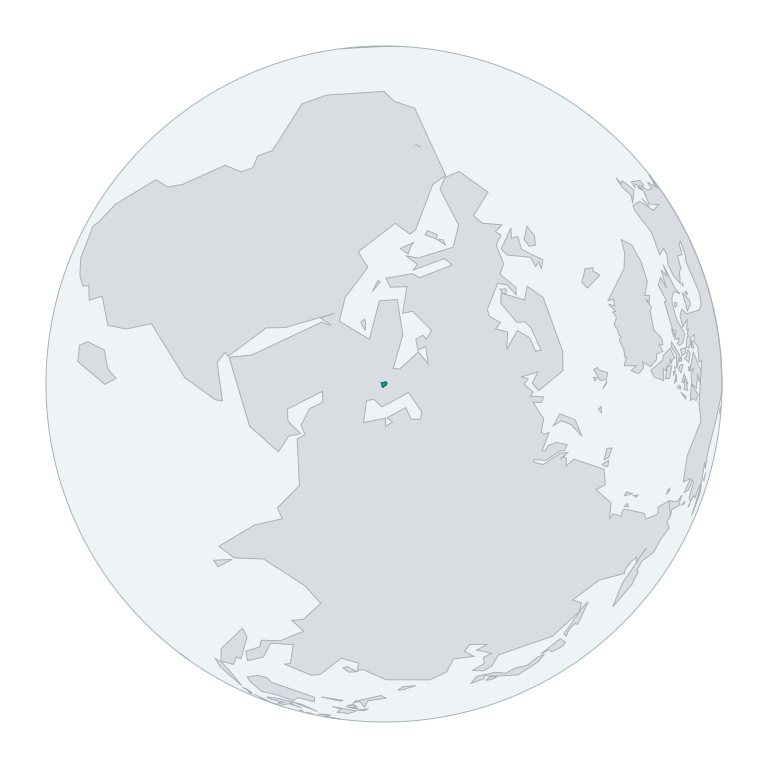 the Earth from above Gegharkunik, rotated 96°
{"feature_id": "ARM-1672", "entity_name": "Gegharkunik", "entity_type": "Province", "adm_level": 1, "iso_a3": "ARM", "parent_name": "Armenia", "parent_adm1": "", "projection": "orthographic", "projection_center": [45.283, 40.3], "detail": "fine", "context": "on_globe", "style": "filled", "palette": "teal", "viewbox_px": 768, "rotation_deg": 96, "n_neighbors": 0, "source": "natural_earth", "source_scale": "10m", "svg_char_len": 11592}
<svg xmlns="http://www.w3.org/2000/svg" viewBox="0 0 768 768"><g transform="rotate(96 384 384)"><circle cx="384" cy="384" r="338" fill="#eef3f6" stroke="#a8b0b8"/><path d="M339.2,49.1L350.0,47.9L356.9,47.3L382.0,49.7L419.3,55.0L434.7,55.6L428.5,57.0L460.0,58.4L482.5,64.3L454.8,58.6L450.3,58.9L464.5,62.8L462.8,64.1L468.8,67.1L465.5,68.6L449.6,66.0L447.2,67.2L457.4,70.0L460.6,74.0L446.0,69.5L450.1,76.1L424.2,75.0L387.8,64.9L371.1,68.6L327.4,70.4L329.0,72.8L313.5,76.1L309.6,80.4L302.6,80.3L305.6,83.9L312.8,83.2L316.4,84.8L314.9,87.5L305.6,87.5L305.1,86.2L301.5,87.7L297.6,86.7L298.6,88.7L287.7,89.1L296.0,92.9L285.2,96.6L278.6,95.8L282.6,90.4L277.3,78.0L271.9,76.9L260.1,80.0L230.9,96.4L223.5,98.0L211.0,104.2L213.5,105.3L224.1,101.0L225.7,105.5L238.6,100.6L241.1,102.0L252.9,99.9L247.4,106.3L235.7,114.0L225.5,116.3L220.1,120.1L226.7,123.3L205.0,133.9L185.6,152.4L180.4,155.0L175.6,149.0L183.1,134.3L176.9,129.6L177.1,139.2L164.0,146.8L160.3,151.1L158.8,155.0L162.3,154.9L157.0,159.3L154.8,150.6L159.5,146.4L160.2,149.0L163.6,142.5L162.1,138.1L155.6,143.1L160.0,133.7L155.5,137.4L153.9,137.9L160.9,132.4L148.4,142.5L150.2,140.0L167.9,124.2L186.7,109.7L206.4,96.5L226.9,84.8L248.3,74.5L270.3,65.8L292.9,58.6L315.9,53.0L339.2,49.1ZM46.6,402.2L47.7,415.0L52.2,444.4L54.9,460.3L55.1,461.5L49.5,432.0L46.6,402.2ZM352.3,47.6L360.3,47.0L350.4,47.8L344.5,48.4L352.3,47.6ZM378.9,47.0L373.7,47.3L371.2,46.7L374.9,46.7L378.9,47.0ZM446.0,56.2L438.2,54.7L446.4,55.9L446.0,56.2ZM470.1,67.3L472.9,67.5L474.8,69.0L470.1,67.3ZM255.1,96.6L254.0,98.2L252.4,97.8L255.1,96.6ZM261.3,94.4L260.2,92.8L263.0,91.5L263.6,92.5L261.3,94.4ZM471.7,72.9L473.9,75.7L468.9,72.3L471.7,72.9ZM262.0,96.9L268.1,89.5L273.0,87.5L279.5,89.9L262.0,96.9ZM473.4,77.0L479.0,84.7L485.6,85.4L470.2,88.3L470.5,80.4L463.3,75.9L470.1,77.8L473.4,77.0ZM315.7,81.9L308.0,82.7L315.9,79.7L315.7,81.9ZM319.9,79.7L338.9,69.7L349.4,70.4L340.9,73.3L355.8,72.8L351.6,78.0L342.5,79.5L336.5,77.8L339.4,81.2L319.9,79.7ZM460.8,89.0L459.8,90.8L457.8,88.5L460.8,89.0ZM318.5,85.2L321.4,82.8L330.8,83.2L326.7,88.0L325.0,86.3L318.5,85.2ZM361.7,70.4L367.9,71.9L366.2,76.3L368.4,77.6L352.4,78.2L361.7,70.4ZM322.0,87.6L324.4,90.5L318.5,92.9L316.3,87.5L322.0,87.6ZM334.9,81.4L339.2,81.9L335.5,83.1L334.9,81.4ZM299.0,104.0L302.2,100.7L307.4,100.5L299.0,104.0ZM325.6,91.4L327.6,90.6L330.0,90.3L330.3,92.7L325.6,91.4ZM352.3,81.6L350.3,83.3L358.8,81.5L357.9,85.2L347.3,85.1L351.5,86.7L351.2,87.9L342.9,86.6L352.3,81.6ZM337.8,94.4L324.1,96.3L316.9,102.2L312.1,102.4L324.5,93.0L337.8,94.4ZM341.5,89.9L338.1,92.7L333.9,91.2L333.6,88.5L341.5,89.9ZM361.0,87.9L365.2,82.2L367.3,82.5L361.0,87.9ZM336.5,96.4L339.9,95.9L336.5,96.9L336.5,96.4ZM354.5,90.7L355.6,88.5L358.1,88.9L354.5,90.7ZM345.6,97.0L341.2,97.5L340.8,95.5L345.6,97.0ZM350.3,94.3L353.4,95.3L343.3,94.5L350.4,93.3L350.3,94.3ZM356.6,91.4L358.4,90.9L355.7,92.2L356.6,91.4ZM349.4,104.7L336.9,104.1L336.1,99.6L348.4,100.6L349.4,104.7ZM102.7,471.4L93.0,414.7L101.9,403.2L106.5,382.3L170.3,344.5L180.5,356.4L227.0,368.6L232.2,373.8L223.1,389.6L255.2,423.5L269.7,412.3L302.3,431.8L326.2,435.0L341.0,403.3L301.8,397.2L298.6,379.6L332.8,370.4L367.6,376.4L367.4,369.8L348.4,353.1L359.4,342.2L342.2,346.4L346.9,353.8L336.2,357.0L331.3,350.6L335.3,346.7L325.7,342.2L308.7,363.0L311.7,372.8L284.7,371.4L287.1,387.8L278.6,393.2L271.4,367.6L274.5,359.4L258.5,328.6L252.9,336.8L267.6,366.8L261.6,363.1L254.1,375.8L255.2,363.3L240.7,329.6L218.3,326.3L184.4,348.7L172.4,344.9L164.8,331.7L182.4,300.5L207.3,312.7L213.8,303.1L213.4,283.4L221.0,289.2L223.8,283.1L233.7,287.1L252.0,277.6L262.7,280.3L274.2,262.7L281.3,262.0L272.4,272.4L272.0,281.5L299.0,289.0L305.5,286.4L310.8,274.6L317.6,278.7L319.3,266.5L337.0,265.6L316.9,256.9L322.6,244.2L335.6,236.7L333.9,231.3L312.7,243.7L307.5,250.3L308.8,258.2L291.5,276.3L281.3,276.9L285.7,253.0L271.7,251.8L281.3,234.8L332.7,209.8L351.9,207.4L374.5,229.5L367.5,236.8L355.9,232.2L362.6,248.0L364.0,241.1L369.6,244.9L376.5,234.8L380.8,237.1L380.1,223.9L386.1,225.6L386.5,233.9L401.9,221.6L415.6,222.8L417.1,219.1L414.7,214.7L433.7,219.8L433.9,216.9L427.7,214.0L424.1,206.4L425.1,195.4L431.7,197.8L432.2,202.1L443.1,215.1L443.5,226.9L446.3,226.8L447.5,217.3L434.2,201.2L432.9,194.0L440.3,200.6L437.5,197.6L439.0,194.8L446.5,194.5L438.9,187.0L445.8,156.1L461.1,153.4L466.9,162.1L478.6,145.7L494.9,145.6L489.2,142.7L490.9,134.1L485.9,133.9L483.2,131.9L485.4,111.7L491.0,109.5L485.4,99.1L482.5,97.9L478.0,98.8L470.2,88.3L485.6,85.4L491.5,88.3L497.1,85.3L509.7,92.7L522.8,98.1L533.4,109.2L542.8,113.1L543.9,111.6L557.6,116.5L581.8,133.3L557.3,126.2L520.0,106.2L534.8,114.4L530.0,114.8L534.4,119.5L545.0,125.6L547.1,124.9L556.6,149.5L579.1,173.9L581.1,164.7L589.8,166.0L617.1,189.9L641.4,241.8L653.2,247.4L658.9,255.2L659.6,266.0L651.3,254.9L645.4,256.5L640.6,249.0L638.9,264.0L632.0,254.0L634.1,271.3L641.4,276.2L645.5,266.1L650.2,286.3L663.7,291.6L673.4,307.4L677.9,351.1L670.3,374.4L671.5,380.5L664.3,380.1L661.1,397.9L679.6,417.2L681.2,426.0L673.0,453.9L671.7,447.9L652.7,446.8L653.6,469.6L668.2,475.5L673.4,490.9L664.2,493.3L658.4,480.2L651.6,479.2L650.2,460.4L638.3,438.0L628.8,450.9L626.4,439.5L608.7,423.9L593.1,441.4L570.6,485.5L572.6,514.7L562.6,531.3L537.8,498.1L528.6,471.0L518.4,477.0L493.8,457.5L447.9,464.6L442.5,457.2L433.6,462.1L416.5,455.6L408.6,442.9L397.7,444.4L419.0,477.4L430.8,475.8L442.2,461.6L445.8,473.4L462.4,481.9L440.0,513.3L373.6,540.8L369.1,518.7L328.9,452.3L331.2,445.1L331.1,444.2L330.7,442.7L325.0,454.2L318.8,440.5L338.1,487.9L340.5,506.9L372.7,542.0L369.2,545.4L380.1,552.2L417.6,543.0L417.3,550.1L398.5,582.8L348.3,621.6L356.2,646.1L354.6,664.6L326.1,673.5L331.4,685.9L317.0,687.9L318.0,693.8L308.0,697.8L290.4,698.8L257.4,689.9L253.1,684.9L233.2,669.8L204.7,632.2L210.6,619.7L206.7,605.6L183.1,564.7L188.1,547.9L182.4,537.0L170.2,533.3L163.8,519.9L156.7,515.9L114.0,494.8L102.7,471.4ZM144.7,372.3L142.0,378.3L144.7,372.3ZM402.3,399.6L424.4,400.3L417.9,379.1L425.9,377.9L420.8,371.5L417.4,377.7L405.3,359.9L416.1,353.4L415.2,344.1L407.7,343.5L389.9,358.6L407.0,383.6L400.4,392.4L402.3,399.6ZM164.2,147.3L164.2,148.1L161.7,152.5L160.8,151.4L164.2,147.3ZM163.0,168.1L154.5,174.8L159.9,168.9L157.0,168.2L164.9,155.6L178.2,155.7L170.8,157.6L163.0,168.1ZM179.0,139.9L172.5,147.1L179.1,139.2L179.0,139.9ZM230.0,248.0L231.8,253.9L225.8,259.7L212.4,258.4L220.9,249.8L230.0,248.0ZM235.8,261.2L244.0,239.0L252.7,239.6L246.4,242.9L251.4,245.5L242.6,251.6L242.9,274.7L237.6,281.5L215.6,274.1L225.7,272.5L223.3,266.5L235.8,261.2ZM249.5,188.4L253.2,180.7L267.3,191.7L262.3,197.7L248.5,196.2L246.4,188.3L249.5,188.4ZM272.3,103.4L272.8,101.2L275.4,100.9L277.0,102.7L272.3,103.4ZM300.1,102.5L272.9,113.7L272.0,111.5L257.1,121.7L249.1,120.0L259.1,113.3L241.7,120.2L247.5,113.4L236.0,119.0L259.0,104.1L263.5,99.0L261.5,105.2L268.7,106.7L273.2,105.9L289.2,99.8L302.5,90.3L311.7,91.0L314.8,94.1L313.0,96.4L307.5,95.1L309.1,99.3L299.8,99.2L300.1,102.5ZM344.9,139.6L339.3,135.2L340.9,147.0L331.6,145.6L332.4,147.1L324.3,149.3L315.7,154.7L312.1,153.0L310.3,155.9L304.9,157.7L301.3,161.2L293.5,159.8L288.4,164.1L287.6,161.0L281.0,169.1L282.4,162.6L275.5,164.8L277.8,169.9L244.2,157.3L229.0,158.3L215.6,163.1L219.8,152.3L235.0,141.4L254.7,132.8L268.7,133.9L268.0,129.2L274.6,128.6L272.3,132.5L279.6,126.1L284.4,126.7L302.0,121.4L309.5,112.6L316.1,110.8L315.5,114.6L322.5,110.2L325.9,116.3L330.7,115.3L338.9,120.6L335.0,129.1L340.7,127.4L347.1,131.9L344.9,139.6ZM351.4,106.4L348.9,115.9L342.6,120.1L331.0,109.2L326.2,109.2L318.6,103.2L327.9,97.4L329.2,99.6L332.7,100.4L328.4,101.9L334.4,101.4L336.4,104.5L341.6,105.1L339.4,108.0L351.4,106.4ZM240.3,369.5L244.8,371.9L252.2,373.6L247.6,381.9L240.3,369.5ZM230.0,346.7L234.3,347.1L231.5,358.9L226.9,356.8L230.0,346.7ZM239.1,337.7L234.8,346.2L234.4,340.3L239.1,337.7ZM276.7,272.3L281.6,272.4L281.2,275.3L277.4,278.8L276.7,272.3ZM347.6,177.0L345.4,173.2L347.4,172.1L349.3,162.7L356.3,163.4L357.9,169.4L347.6,177.0ZM333.0,408.2L324.7,413.6L321.7,410.0L325.1,408.8L333.0,408.2ZM283.1,398.6L293.3,405.3L281.7,400.8L283.1,398.6ZM355.5,176.2L355.5,172.2L359.0,175.1L355.5,176.2ZM361.5,163.5L366.1,166.1L357.4,162.4L361.5,163.5ZM413.5,661.7L393.7,690.8L377.4,690.9L372.9,683.2L379.3,665.8L397.8,660.3L406.5,651.0L413.5,661.7ZM703.8,487.3L706.2,482.5L705.8,483.9L703.8,487.3ZM701.5,489.4L704.8,483.1L700.4,493.1L701.5,489.4ZM706.0,480.7L709.3,471.6L710.8,466.7L710.1,469.6L706.0,480.7ZM699.0,494.0L682.3,517.2L674.8,523.0L677.3,516.6L689.5,503.2L699.0,494.0ZM676.7,517.2L664.2,518.3L641.7,499.2L649.9,493.8L672.3,497.5L671.0,502.5L678.6,504.2L676.7,517.2ZM703.9,460.8L702.5,473.5L694.0,485.6L689.7,489.6L686.9,479.1L688.5,469.4L692.3,464.9L702.8,420.5L707.2,420.1L704.9,436.8L708.3,441.2L703.9,460.8ZM574.3,516.7L583.0,529.8L577.1,535.1L574.3,516.7ZM704.0,394.5L701.8,413.7L702.8,391.4L704.0,394.5ZM702.8,375.9L704.4,381.3L701.5,378.8L702.8,375.9ZM674.3,388.8L670.5,395.1L668.9,391.0L672.8,380.6L674.3,388.8ZM680.7,321.0L686.1,333.3L687.3,338.4L683.0,333.5L680.7,321.0ZM415.3,181.6L404.9,193.4L402.0,203.5L407.7,211.3L395.2,206.0L399.6,190.3L415.3,181.6ZM441.3,158.8L436.3,152.8L441.3,152.6L443.2,153.9L441.3,158.8ZM436.3,157.2L424.7,155.5L423.8,150.4L433.1,152.7L436.3,157.2ZM389.9,164.8L386.4,168.1L383.6,165.5L389.9,164.8ZM672.9,559.4L674.4,556.7L678.9,549.0L672.9,559.4ZM709.5,473.9L713.8,456.9L715.1,451.5L709.5,473.9ZM720.9,410.1L721.0,409.2L721.4,402.3L720.9,410.1ZM721.5,400.4L720.7,406.4L721.8,392.5L721.8,393.5L721.5,400.4ZM717.9,429.5L717.6,432.9L717.0,433.5L717.9,429.5ZM718.9,423.9L720.1,418.3L718.5,427.3L718.9,423.9ZM710.3,439.9L711.3,444.5L714.6,432.0L712.0,444.6L713.3,450.7L712.1,457.0L711.1,449.8L709.1,464.6L707.5,467.8L707.6,458.7L709.7,441.6L711.2,432.4L716.6,415.7L710.3,439.9ZM719.2,415.4L718.7,409.4L718.9,402.2L719.6,404.0L719.2,415.4ZM715.3,396.3L711.8,392.7L710.2,401.8L712.1,377.2L715.4,384.7L715.3,396.3ZM710.1,380.2L708.7,388.6L709.1,375.5L710.1,380.2ZM707.4,386.7L705.7,380.5L707.6,377.4L707.4,386.7ZM711.1,377.8L708.8,365.3L711.1,370.0L711.1,377.8ZM700.8,367.0L707.6,369.5L701.4,376.0L694.1,354.3L696.2,349.1L700.8,367.0ZM668.1,252.0L663.7,247.1L663.6,241.4L666.7,246.3L668.1,252.0ZM659.3,220.2L662.2,238.3L663.7,253.9L666.5,253.5L672.6,266.2L665.0,261.2L659.0,242.9L659.0,233.0L652.7,223.4L648.8,212.2L639.9,203.1L636.1,196.2L644.2,201.7L659.3,220.2ZM636.0,199.7L619.0,182.2L621.8,176.5L626.1,179.0L632.8,189.2L630.9,191.6L636.0,199.7ZM615.7,176.5L613.8,178.9L584.7,162.8L579.2,158.2L602.8,166.2L602.2,169.0L608.9,174.3L615.7,176.5ZM463.5,91.5L460.1,90.8L462.8,90.1L463.5,91.5ZM480.4,132.1L477.3,129.3L480.6,128.1L480.4,132.1ZM470.5,121.2L468.9,124.3L467.8,120.0L470.5,121.2ZM466.0,131.9L467.0,125.1L469.9,133.1L466.0,131.9Z" fill="#d9dde1" stroke="#a8b0b8" stroke-width="1"/><path d="M384.4,381.9L384.4,382.0L384.5,382.2L384.6,382.3L384.7,382.5L384.8,382.6L384.9,382.8L385.1,383.2L385.4,383.4L386.4,384.0L386.6,384.2L386.8,384.2L387.0,384.2L387.0,384.3L387.1,384.5L387.1,384.9L387.0,385.1L386.9,385.2L386.8,385.3L386.8,385.6L386.7,385.7L386.4,385.7L385.6,385.6L385.3,385.8L385.2,385.8L384.9,386.0L384.5,386.1L384.4,386.1L384.2,386.1L383.9,386.1L383.7,386.2L383.6,386.3L383.4,386.4L383.2,386.6L383.2,386.4L383.2,386.2L383.1,385.9L382.8,385.3L382.8,385.2L382.9,384.8L382.8,384.7L382.5,384.3L382.5,384.2L382.3,383.3L382.3,383.2L382.1,383.1L382.2,382.9L382.1,382.7L381.9,382.6L381.8,382.2L381.8,381.9L382.4,381.8L382.5,381.9L382.6,382.0L382.9,382.0L383.0,381.9L383.1,381.7L383.3,381.6L383.5,381.5L383.5,381.4L383.7,381.5L383.8,381.5L384.0,381.7L384.2,381.8L384.3,381.8L384.4,381.9ZM385.1,381.9L385.2,382.1L384.9,382.2L384.9,381.9L385.0,381.9L385.1,381.9Z" fill="#14b8a6" stroke="#0f766e" stroke-width="1.5"/></g></svg>